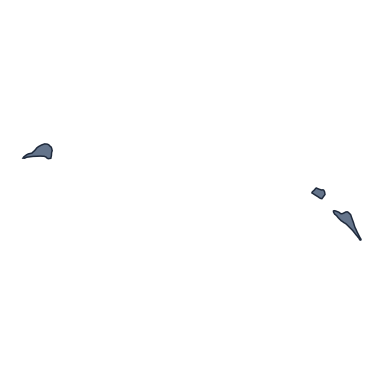 Amatuku, Tuvalu (Albers equal-area conic projection)
{"feature_id": "33948139B56482172223840", "entity_name": "Amatuku", "entity_type": "district", "adm_level": 2, "iso_a3": "TUV", "parent_name": "Tuvalu", "parent_adm1": "", "projection": "albers", "projection_center": [179.158, -8.434], "detail": "fine", "context": "isolated", "style": "filled", "palette": "slate", "viewbox_px": 384, "rotation_deg": 0, "n_neighbors": 0, "source": "geoboundaries", "source_scale": "gbopen_adm2", "svg_char_len": 1698}
<svg xmlns="http://www.w3.org/2000/svg" viewBox="0 0 384 384"><path d="M50.2,146.3L48.6,144.7L47.1,144.1L44.6,143.9L41.5,145.0L38.5,146.6L36.7,148.0L35.8,149.2L34.6,150.6L33.0,152.0L31.9,153.1L28.3,153.9L26.4,154.9L23.7,157.0L23.0,158.1L24.6,158.2L26.8,157.2L29.2,156.9L33.1,156.4L35.9,156.3L40.4,156.1L44.1,156.3L45.8,156.9L46.9,158.0L48.2,158.7L50.8,158.3L51.4,155.7L51.6,152.6L52.2,150.7L51.7,148.5L51.2,147.1L50.2,146.3ZM333.5,210.9L333.4,211.0L333.4,211.3L333.5,211.6L333.6,212.0L333.6,212.3L333.8,212.6L334.0,212.9L334.4,213.7L334.8,214.3L335.4,214.6L335.7,214.9L336.3,215.5L336.8,215.9L337.6,217.0L338.4,217.9L339.6,219.2L340.3,219.8L341.2,220.8L342.6,221.6L343.4,222.3L344.2,222.8L345.0,223.2L346.4,224.2L352.6,230.4L356.4,235.2L356.6,235.5L357.1,235.9L357.6,236.6L357.9,237.1L358.7,237.8L359.3,239.0L359.5,239.3L359.7,239.6L360.0,239.8L360.2,240.1L360.5,240.0L360.8,240.0L361.0,239.7L360.9,239.3L360.8,238.9L360.0,237.7L357.1,232.0L355.9,229.2L355.0,227.5L354.2,225.1L353.5,222.7L351.6,217.5L351.4,216.9L351.2,216.3L350.7,214.8L350.1,214.2L349.9,213.8L349.3,213.3L348.6,212.7L348.2,212.3L347.5,211.9L347.3,211.9L346.7,211.9L346.2,211.9L345.4,212.1L345.0,212.4L344.5,212.7L343.9,212.9L343.5,213.2L342.7,213.5L342.0,213.7L341.2,213.7L340.8,213.7L340.3,213.4L339.9,213.0L339.5,212.6L338.6,212.1L337.6,211.7L336.5,211.3L336.1,211.1L335.0,210.8L334.4,210.7L333.5,210.9ZM315.8,188.3L315.2,189.0L314.4,190.0L313.6,190.7L312.3,191.9L311.9,192.9L313.2,193.7L314.5,194.6L316.6,195.9L318.4,197.0L319.4,197.8L320.8,198.5L321.9,198.7L323.6,196.4L325.0,194.5L324.6,191.9L323.8,190.3L323.0,189.8L321.6,190.0L318.8,189.1L316.3,188.0L315.8,188.3Z" fill="#64748b" stroke="#1e293b" stroke-width="1.5"/></svg>